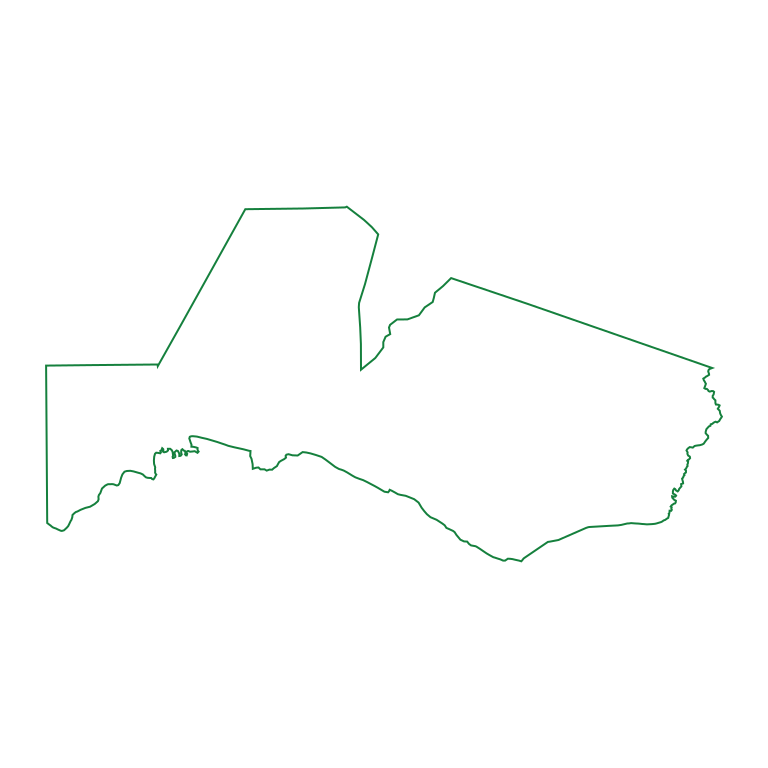 Rukh Kiri, Batdâmbâng, Cambodia (Natural Earth projection)
{"feature_id": "14789045B86646715992197", "entity_name": "Rukh Kiri", "entity_type": "district", "adm_level": 2, "iso_a3": "KHM", "parent_name": "Cambodia", "parent_adm1": "Batdâmbâng", "projection": "natural_earth1", "projection_center": [103.457, 12.595], "detail": "fine", "context": "isolated", "style": "outline", "palette": "green", "viewbox_px": 768, "rotation_deg": 0, "n_neighbors": 0, "source": "geoboundaries", "source_scale": "gbopen_adm2", "svg_char_len": 5622}
<svg xmlns="http://www.w3.org/2000/svg" viewBox="0 0 768 768"><path d="M157.6,364.5L102.9,365.0L91.6,365.1L46.1,365.6L47.2,523.0L48.9,524.3L49.8,525.0L50.6,525.5L51.5,526.4L53.1,527.5L54.4,528.0L56.2,528.6L57.5,529.3L59.3,530.1L60.2,530.5L61.3,530.9L62.4,530.8L64.0,530.3L65.3,529.1L66.8,527.7L68.2,526.1L69.1,524.3L70.6,521.1L71.4,519.9L71.9,518.4L72.3,517.2L72.5,515.0L73.7,513.8L74.7,512.9L75.9,512.0L77.4,511.5L80.6,509.8L85.4,507.9L90.1,506.7L94.7,504.0L97.9,501.2L98.6,499.3L98.4,496.7L98.9,495.0L100.3,493.1L102.0,488.5L105.2,485.6L107.3,484.5L108.1,484.2L110.2,484.2L112.2,484.1L113.6,484.3L116.8,485.5L118.3,485.1L119.7,483.1L121.1,477.8L122.4,474.4L124.5,471.7L126.8,471.0L130.3,470.8L133.5,471.4L138.0,472.7L140.6,473.4L142.9,474.5L144.3,475.9L145.9,477.3L147.5,477.8L150.2,478.0L151.2,478.0L152.2,479.1L153.4,479.4L154.3,478.3L154.9,477.1L156.3,474.6L155.6,473.8L155.1,472.6L155.2,470.9L155.0,468.8L155.2,467.3L154.1,464.0L153.9,460.6L154.2,456.7L155.0,453.8L156.2,452.7L158.1,452.9L160.3,453.3L160.9,452.3L160.3,451.0L161.2,450.5L161.7,449.4L162.2,448.2L163.2,449.1L163.4,450.2L163.0,451.6L164.1,452.3L166.6,451.7L168.0,450.5L167.9,448.8L170.2,448.8L171.8,450.2L172.6,451.9L173.1,455.6L172.6,456.7L172.9,458.0L173.8,457.9L175.3,456.9L175.3,455.7L174.3,452.5L176.5,450.5L177.8,450.9L178.6,452.3L179.3,453.7L179.3,456.0L180.6,455.8L181.7,454.5L181.2,452.8L181.2,450.8L181.5,449.8L182.4,449.2L183.8,450.6L184.8,450.8L185.7,453.4L185.0,454.2L185.8,455.3L186.7,455.4L187.2,453.8L186.5,452.9L186.8,451.6L187.6,451.1L188.6,451.0L189.3,451.5L190.2,451.7L192.4,451.5L194.7,451.2L197.5,452.8L198.6,451.6L197.9,450.7L197.5,449.6L197.6,448.0L196.3,447.5L194.6,447.1L193.3,446.8L191.4,446.7L191.5,444.7L190.6,442.4L189.8,439.9L189.3,438.5L189.8,436.8L191.1,436.3L192.8,436.2L195.0,436.4L197.0,436.6L201.8,437.8L206.8,438.9L211.9,440.4L217.3,442.0L221.4,443.4L225.3,444.7L228.2,445.8L234.3,447.3L238.0,448.1L243.5,449.3L249.1,450.8L250.5,451.0L250.2,456.1L251.5,458.8L252.6,464.1L252.8,468.8L256.2,467.7L258.5,467.5L260.4,469.3L264.5,469.3L266.7,470.6L269.5,469.6L272.1,469.7L273.9,468.1L276.9,466.1L277.8,464.4L279.1,462.1L281.0,460.8L284.2,459.1L286.0,457.6L285.6,455.9L286.4,454.7L288.5,454.2L292.5,455.3L297.7,455.5L302.6,452.1L306.3,452.5L310.5,453.4L315.9,455.0L321.6,456.9L325.4,459.5L329.4,462.5L335.2,466.9L339.0,469.0L341.4,469.7L343.8,470.6L347.1,472.4L352.3,475.6L355.3,477.3L359.5,478.9L363.1,480.1L367.2,482.1L370.2,483.7L374.6,486.0L378.0,487.9L384.4,491.7L388.1,492.3L389.1,491.1L389.7,489.8L391.7,490.7L395.0,492.5L397.9,494.2L400.7,494.9L405.7,495.8L409.5,497.3L414.2,499.2L418.6,502.6L421.6,507.7L424.3,511.2L426.9,514.2L430.5,517.2L436.6,519.8L442.3,523.5L444.7,525.3L446.4,527.9L448.7,528.9L453.0,530.9L454.6,532.1L456.4,534.9L460.4,539.7L464.0,541.4L467.2,541.6L468.9,543.8L471.0,545.4L475.4,546.2L476.4,546.6L477.8,547.5L480.0,548.9L483.5,551.3L486.6,553.4L489.5,555.1L493.3,557.2L494.8,557.6L497.5,558.5L500.4,559.4L503.1,560.6L505.1,560.6L506.7,559.5L507.9,558.7L510.1,558.8L512.5,559.1L514.5,559.6L516.7,560.1L519.0,560.6L521.3,561.3L522.2,560.3L523.6,558.5L524.4,557.9L526.0,556.8L547.9,541.9L549.5,541.7L556.4,540.4L558.5,540.0L561.4,538.7L586.1,527.9L588.2,527.2L589.4,527.0L609.9,525.8L617.9,525.4L621.3,524.9L627.2,523.5L629.1,523.4L631.1,523.1L634.8,523.4L636.5,523.5L638.6,523.6L640.5,523.8L642.2,524.0L644.1,524.1L646.1,524.3L648.2,524.3L652.0,524.1L655.0,523.8L656.7,523.4L658.3,522.9L661.0,522.1L662.4,521.4L663.5,520.5L665.2,519.9L666.8,518.7L668.2,517.9L668.6,516.3L669.1,514.8L668.7,513.8L669.4,513.1L669.6,510.7L671.2,510.8L671.8,509.8L671.3,508.7L671.7,507.3L670.7,506.6L671.6,505.3L672.8,504.5L673.9,503.7L675.1,503.4L675.7,502.4L675.9,500.7L674.2,499.8L672.3,497.7L672.1,496.3L674.2,496.7L675.2,496.7L676.1,495.7L675.5,494.9L672.9,493.5L672.9,491.3L673.3,489.9L674.3,488.6L675.2,489.1L676.0,490.4L677.7,491.4L678.7,490.3L679.0,489.2L680.1,487.8L681.4,486.4L681.1,484.1L682.2,483.7L683.1,483.4L683.0,482.0L682.4,479.9L682.1,478.6L683.2,477.5L683.4,476.4L684.5,475.1L684.0,474.1L685.0,473.1L685.9,472.5L686.0,470.7L685.0,469.6L686.0,468.7L686.8,467.0L687.6,466.0L687.3,464.9L687.9,463.3L688.1,461.4L687.2,460.8L687.9,459.9L688.9,459.5L690.1,458.1L689.8,456.6L688.1,455.5L687.4,453.8L687.6,452.3L686.5,450.5L687.0,449.5L688.1,448.3L689.7,447.1L691.3,447.3L692.8,447.6L694.6,446.0L695.9,445.7L697.9,445.4L699.8,445.2L702.2,444.5L703.7,443.7L705.2,441.5L706.7,439.6L708.2,438.0L708.1,435.8L707.1,434.9L706.4,434.1L705.6,433.1L705.7,431.7L706.4,429.2L707.1,428.4L708.9,426.4L710.4,425.8L710.7,424.3L712.4,423.8L713.2,423.0L714.4,422.2L715.7,421.7L717.1,422.4L718.4,421.5L719.2,421.0L720.3,419.0L721.4,417.5L721.9,416.6L721.0,415.2L720.2,413.5L719.7,410.7L717.8,408.8L719.1,406.7L719.6,405.4L718.5,404.8L717.2,404.6L715.9,404.5L715.4,403.0L715.4,400.3L714.1,399.1L713.4,398.1L712.7,397.6L712.7,395.8L713.6,394.5L714.1,391.9L713.3,391.2L711.8,391.0L709.8,391.6L708.6,391.1L707.9,389.9L706.8,388.9L705.5,388.9L704.3,388.1L704.9,386.6L705.9,383.8L705.2,382.6L704.7,381.5L703.9,380.4L703.3,378.6L705.2,377.4L706.0,376.6L707.1,376.1L709.1,374.8L709.0,373.7L708.5,372.4L708.2,371.2L708.8,369.6L709.6,369.0L712.2,368.0L527.4,303.8L451.1,278.1L443.0,286.1L435.0,292.7L433.8,298.0L432.7,302.0L424.7,307.4L418.9,315.3L407.4,319.4L397.0,319.5L390.1,324.8L389.0,327.5L390.2,334.1L385.6,336.7L383.3,342.1L383.3,347.4L375.3,358.0L361.0,369.7L360.9,343.9L360.2,327.5L358.8,307.2L359.1,302.9L365.0,284.1L372.1,257.6L378.2,234.4L371.9,227.2L364.1,220.0L346.8,206.7L345.2,207.4L303.5,208.5L245.3,209.2L214.9,263.9L180.4,325.9L157.8,366.1L157.6,364.5Z" fill="none" stroke="#15803d" stroke-width="2"/></svg>